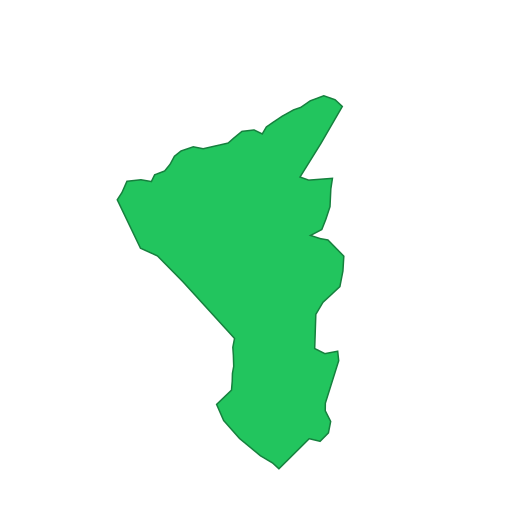 the district of Mato Grosso, Paraíba, Brazil, rotated 299°
{"feature_id": "56859067B53258428932358", "entity_name": "Mato Grosso", "entity_type": "district", "adm_level": 2, "iso_a3": "BRA", "parent_name": "Brazil", "parent_adm1": "Paraíba", "projection": "albers", "projection_center": [-37.732, -6.546], "detail": "fine", "context": "isolated", "style": "filled", "palette": "green", "viewbox_px": 512, "rotation_deg": 299, "n_neighbors": 0, "source": "geoboundaries", "source_scale": "gbopen_adm2", "svg_char_len": 1005}
<svg xmlns="http://www.w3.org/2000/svg" viewBox="0 0 512 512"><g transform="rotate(299 256 256)"><path d="M81.0,379.2L122.0,391.1L125.0,401.9L136.4,405.1L147.5,401.5L154.2,391.6L160.9,388.0L204.5,379.1L212.3,373.6L204.0,363.6L203.5,352.2L234.0,336.6L247.9,337.0L269.9,344.2L285.0,339.3L298.4,332.9L304.9,311.1L302.4,303.9L300.4,293.7L311.1,300.7L321.9,299.3L335.0,296.8L351.0,288.9L361.0,285.2L347.9,265.3L346.4,256.2L385.8,258.2L428.6,259.0L431.0,249.5L429.0,237.6L418.0,228.2L407.7,223.1L402.0,218.0L391.1,211.2L381.2,206.1L373.9,202.5L365.8,202.3L365.3,193.2L358.2,183.3L348.4,179.4L341.3,176.9L332.8,167.4L324.2,157.8L321.1,148.2L311.5,139.5L303.7,136.3L294.6,136.4L286.1,134.9L277.9,128.0L270.4,128.4L266.9,118.4L258.8,106.9L246.7,108.0L237.9,107.4L206.8,151.2L208.3,169.8L198.1,204.4L173.5,277.2L164.9,280.0L158.1,284.4L148.7,290.0L141.9,292.3L134.8,296.0L126.8,299.6L107.1,293.5L96.4,307.5L88.4,330.1L83.4,356.8L83.0,370.9L81.0,379.2Z" fill="#22c55e" stroke="#15803d" stroke-width="1.5"/></g></svg>